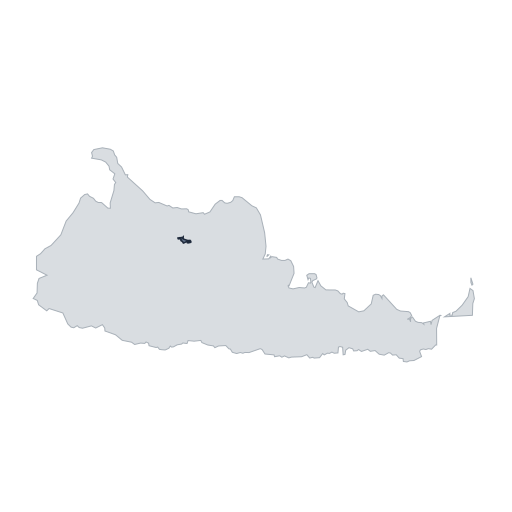 San Lorenzo, Santa Fe, Argentina shown in context, rotated 273°
{"feature_id": "61730980B18182396698532", "entity_name": "San Lorenzo", "entity_type": "district", "adm_level": 2, "iso_a3": "ARG", "parent_name": "Argentina", "parent_adm1": "Santa Fe", "projection": "orthographic", "projection_center": [-60.967, -32.936], "detail": "fine", "context": "in_parent", "style": "filled", "palette": "slate", "viewbox_px": 512, "rotation_deg": 273, "n_neighbors": 0, "source": "geoboundaries", "source_scale": "gbopen_adm2", "svg_char_len": 5151}
<svg xmlns="http://www.w3.org/2000/svg" viewBox="0 0 512 512"><g transform="rotate(273 256 256)"><path d="M307.0,147.1L303.8,152.5L304.4,156.1L301.3,164.6L302.0,166.4L299.6,170.4L300.3,174.8L299.1,179.0L299.5,184.4L298.5,186.0L296.6,186.4L295.0,193.8L296.5,201.0L295.0,202.4L297.6,207.7L305.6,212.5L309.6,217.2L309.7,219.2L307.4,222.0L307.1,224.4L308.2,227.8L310.1,229.9L314.0,231.3L314.3,236.0L313.5,239.0L305.9,249.3L304.1,253.8L297.3,258.3L279.7,263.4L266.2,265.5L258.5,265.1L253.3,263.0L253.8,268.9L256.4,270.6L255.1,270.7L256.2,271.8L255.7,276.7L254.1,277.7L252.9,281.7L253.1,285.2L254.6,288.1L253.1,291.0L247.5,294.1L240.7,294.9L228.0,290.6L228.5,289.8L227.8,289.6L225.8,290.6L225.1,294.7L226.8,300.8L226.6,306.2L227.4,307.9L232.0,309.8L231.8,311.9L233.3,312.1L236.5,311.5L236.8,309.8L235.1,309.2L239.4,307.7L241.1,309.9L241.4,315.4L240.7,316.9L237.4,318.0L236.4,317.7L234.3,313.9L232.7,313.2L228.0,315.4L227.5,316.7L234.6,319.2L229.6,322.3L225.8,327.6L226.2,337.0L225.4,339.6L222.8,342.2L222.4,344.0L223.4,345.0L223.1,346.8L217.8,346.4L214.3,349.5L211.0,350.7L205.6,361.5L206.9,366.6L214.2,373.6L222.9,375.1L224.1,377.5L223.9,380.5L223.0,382.2L220.1,384.0L222.7,383.9L223.9,385.3L210.1,399.3L208.6,403.2L208.4,411.2L207.5,412.9L204.7,414.6L202.5,413.1L200.7,410.4L201.0,412.7L198.3,413.8L201.6,413.6L203.3,415.4L199.2,418.6L198.2,421.3L198.1,425.0L196.6,427.2L197.9,426.7L199.9,433.6L196.6,434.4L200.9,435.2L206.5,442.9L206.2,443.6L205.9,442.7L193.2,440.1L176.6,441.1L176.6,440.1L172.1,436.2L172.5,433.0L171.5,430.5L171.9,428.0L170.9,425.1L169.3,424.4L164.2,426.6L159.9,419.2L159.4,414.9L158.1,412.3L158.4,408.7L161.2,408.2L161.5,404.4L164.7,401.2L164.2,397.6L166.1,395.4L166.4,393.6L163.7,389.2L164.4,384.1L167.8,379.9L166.8,375.1L168.7,372.5L166.2,366.3L168.0,363.3L166.7,361.9L166.3,358.5L168.4,357.4L169.3,353.6L166.6,350.5L162.3,350.0L161.9,348.2L169.4,347.3L170.0,344.6L169.3,343.1L163.5,342.9L163.0,339.2L164.0,336.8L162.6,334.5L162.7,332.4L160.8,329.3L162.1,327.7L157.8,324.8L157.1,319.4L157.8,317.9L156.9,315.0L160.1,311.9L157.8,306.8L156.9,296.7L156.0,294.1L157.7,289.7L156.3,287.1L157.6,284.9L156.4,279.8L158.2,279.2L158.6,270.1L162.9,267.0L163.7,265.1L159.2,254.1L159.1,249.9L158.2,248.0L158.8,245.4L157.6,241.8L158.6,237.4L161.7,235.3L161.9,233.8L165.0,230.5L164.2,223.3L162.3,219.7L164.0,218.2L164.6,212.5L166.7,206.5L168.8,205.3L167.7,198.7L168.0,192.6L165.0,191.7L165.3,187.4L164.2,186.4L163.2,182.0L160.9,178.2L160.6,176.4L161.6,175.1L159.3,173.8L157.4,170.2L157.5,166.8L157.7,164.5L159.9,162.6L159.4,161.0L160.8,153.9L163.3,153.3L164.4,150.7L162.9,149.5L163.0,145.3L161.3,139.4L163.4,136.3L164.8,126.8L170.0,119.8L173.2,109.1L176.2,108.7L179.4,106.2L175.7,99.7L177.6,95.3L174.8,86.5L175.3,83.2L177.1,81.1L174.8,77.8L175.3,75.0L178.3,71.6L189.0,66.1L192.7,52.1L190.3,49.9L195.9,41.5L200.2,39.9L201.9,35.7L207.6,39.3L217.3,39.1L222.2,40.5L225.9,48.3L230.7,37.5L244.2,36.8L247.0,40.7L252.2,44.9L255.8,50.8L266.9,60.0L281.0,64.6L289.6,71.0L299.6,76.5L304.6,77.8L308.4,81.7L309.2,84.5L306.9,86.6L305.1,90.7L302.4,93.0L301.2,95.6L301.3,99.0L296.0,105.6L296.1,108.1L301.4,107.6L314.0,110.7L320.1,110.9L322.0,112.1L325.4,109.2L330.7,110.7L334.4,105.4L338.0,104.5L341.9,101.0L343.9,96.5L345.1,86.7L347.1,87.5L350.7,86.4L353.8,88.5L356.0,97.0L355.0,104.9L353.4,108.0L349.5,109.6L347.3,111.7L341.2,113.1L337.8,117.1L330.2,121.3L330.5,123.7L328.1,123.4L315.1,139.4L307.0,147.1ZM208.1,475.2L205.1,447.4L208.8,452.6L207.2,452.4L207.1,455.1L209.8,455.4L211.3,458.6L217.6,464.4L226.5,470.0L234.8,471.4L232.8,474.5L224.8,476.3L219.9,475.0L208.1,475.2ZM238.2,473.2L240.7,472.0L245.5,471.7L239.2,474.1L238.2,473.2ZM257.9,267.4L257.8,268.7L255.9,266.8L257.9,267.4Z" fill="#d9dde1" stroke="#a8b0b8" stroke-width="1"/><path d="M270.0,177.7L269.8,177.7L269.7,177.8L269.7,177.7L269.6,177.4L269.7,177.2L269.4,177.2L269.3,177.3L269.2,177.3L269.1,177.5L269.0,177.8L269.0,178.0L269.1,178.3L269.1,178.5L269.2,178.8L269.2,179.0L269.3,179.1L269.4,179.3L269.5,179.4L269.5,179.5L269.4,179.7L269.3,179.8L269.3,179.7L269.3,179.8L269.2,179.8L269.0,180.0L268.9,180.0L268.7,180.2L268.4,180.1L268.2,180.2L267.9,180.2L267.9,180.3L267.7,180.3L267.4,180.4L267.4,180.5L267.2,180.7L267.2,180.8L267.1,181.0L266.9,181.2L266.9,181.3L266.8,181.5L266.7,181.6L266.8,181.6L266.7,181.8L266.5,182.0L266.4,182.0L266.2,182.2L266.0,182.3L265.9,182.3L265.7,182.4L265.5,182.5L265.4,182.5L265.2,182.8L265.1,183.0L266.7,185.8L266.2,186.6L265.8,186.7L265.6,186.8L265.9,187.7L265.7,187.7L265.6,187.8L266.3,189.0L265.9,189.3L266.6,190.3L266.8,190.2L267.0,190.1L267.3,190.0L267.4,189.9L267.5,189.9L267.6,189.7L267.8,189.6L268.0,189.5L268.1,189.4L268.2,189.2L267.8,188.4L267.7,188.4L267.4,187.9L267.5,187.9L267.4,187.7L267.6,187.1L268.0,187.3L268.0,187.2L268.0,186.9L268.0,186.7L268.7,184.1L269.0,183.0L269.6,182.6L269.4,182.3L269.5,182.2L269.5,182.3L269.9,182.3L270.3,182.3L270.5,182.3L271.3,182.3L271.0,182.0L270.9,181.9L270.6,181.5L270.5,181.1L270.5,180.9L270.6,180.4L270.5,180.2L270.4,179.8L270.3,179.7L270.2,179.5L270.2,179.4L270.3,178.9L270.3,178.7L270.2,178.3L270.0,178.0L269.9,178.0L269.9,177.9L270.0,177.8L270.0,177.7Z" fill="#64748b" stroke="#1e293b" stroke-width="1.5"/></g></svg>